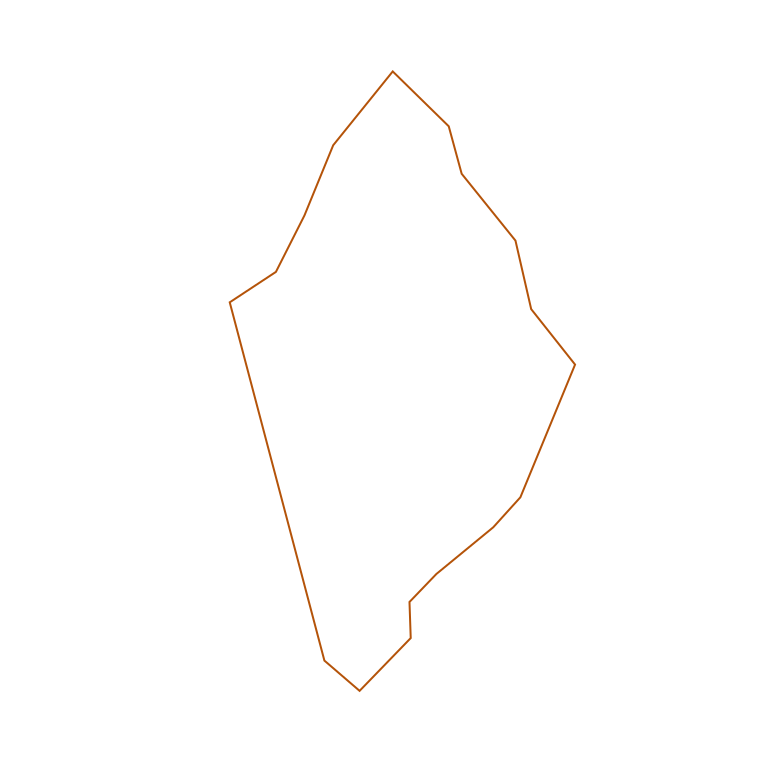 outline of Polzela, rotated 20°
{"feature_id": "SVN-244", "entity_name": "Polzela", "entity_type": "Municipality", "adm_level": 1, "iso_a3": "SVN", "parent_name": "Slovenia", "parent_adm1": "", "projection": "natural_earth1", "projection_center": [15.091, 46.303], "detail": "fine", "context": "isolated", "style": "outline", "palette": "amber", "viewbox_px": 768, "rotation_deg": 20, "n_neighbors": 0, "source": "natural_earth", "source_scale": "10m", "svg_char_len": 379}
<svg xmlns="http://www.w3.org/2000/svg" viewBox="0 0 768 768"><g transform="rotate(20 384 384)"><path d="M285.3,87.3L356.7,119.7L385.1,159.9L458.5,204.3L496.7,263.3L556.9,300.4L550.9,443.8L535.7,481.2L498.2,544.6L482.5,580.1L496.0,613.6L466.0,680.7L422.6,664.3L211.1,360.0L244.1,315.6L251.6,252.8L254.6,177.0L285.3,87.3Z" fill="none" stroke="#b45309" stroke-width="2"/></g></svg>